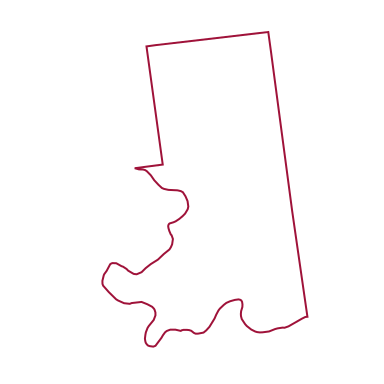 the district of Meigs, Ohio, United States of America, rotated 79°
{"feature_id": "52423323B59957998601513", "entity_name": "Meigs", "entity_type": "district", "adm_level": 2, "iso_a3": "USA", "parent_name": "United States of America", "parent_adm1": "Ohio", "projection": "robinson", "projection_center": [-81.882, 39.04], "detail": "fine", "context": "isolated", "style": "outline", "palette": "rose", "viewbox_px": 384, "rotation_deg": 79, "n_neighbors": 0, "source": "geoboundaries", "source_scale": "gbopen_adm2", "svg_char_len": 1872}
<svg xmlns="http://www.w3.org/2000/svg" viewBox="0 0 384 384"><g transform="rotate(79 192 192)"><path d="M69.4,87.7L49.5,86.6L40.9,199.6L40.4,208.9L159.5,215.5L157.7,243.7L159.7,239.7L160.6,235.7L161.5,233.9L162.8,232.5L167.8,229.2L173.3,226.8L178.6,223.5L182.3,220.8L183.6,218.9L185.4,214.8L187.6,205.9L189.0,202.8L190.5,201.0L195.0,199.2L200.1,198.1L205.6,198.4L208.1,199.5L211.9,202.9L213.7,205.5L216.0,209.6L217.7,213.7L218.2,216.0L218.6,220.0L219.1,220.8L220.0,221.5L221.0,221.9L222.9,222.0L226.0,221.7L229.7,220.9L230.5,220.3L234.5,219.7L239.6,221.5L242.2,223.3L244.1,225.1L247.5,231.5L251.9,238.4L254.9,246.2L257.9,252.0L261.1,256.8L262.2,262.0L261.4,264.6L260.9,265.3L257.0,269.7L255.1,270.9L252.1,274.0L251.4,275.3L247.5,279.9L246.6,283.7L246.8,284.9L247.3,286.1L253.1,290.8L256.0,293.9L256.9,294.5L262.1,296.9L265.1,297.4L267.0,297.1L274.5,292.7L282.8,287.0L284.3,285.4L288.2,279.9L289.9,274.4L289.5,272.4L290.3,262.5L293.7,257.2L297.1,253.0L299.3,251.6L300.5,251.2L303.3,250.9L306.1,251.4L310.3,254.0L315.4,260.1L317.0,261.6L321.0,264.1L323.3,265.0L327.0,266.2L329.3,266.3L331.1,266.2L333.0,265.4L334.4,264.4L335.2,263.0L336.4,259.5L336.0,257.2L329.3,249.8L327.1,247.9L324.6,245.2L323.6,243.3L323.1,240.3L323.0,239.5L324.0,234.5L326.2,229.5L325.8,228.6L325.7,226.7L326.3,223.5L327.0,221.2L328.1,219.2L330.6,217.1L331.7,215.6L332.2,213.0L332.2,207.5L330.6,204.5L327.7,200.6L320.5,194.0L317.0,191.6L313.3,188.6L311.8,186.9L308.8,182.2L307.4,179.4L306.5,175.4L306.1,170.5L306.3,166.8L307.1,165.1L307.9,164.3L309.4,163.8L311.9,163.9L314.5,164.5L318.3,166.5L321.0,167.3L323.2,167.6L326.2,167.4L331.8,165.1L334.0,163.8L338.3,160.1L341.0,156.6L341.9,154.9L342.8,152.2L343.2,149.5L343.6,143.0L342.4,136.6L342.2,134.0L342.4,129.0L342.9,127.0L342.3,122.9L337.3,108.2L336.3,104.6L336.5,102.5L229.7,97.3L69.4,87.7Z" fill="none" stroke="#9f1239" stroke-width="2"/></g></svg>